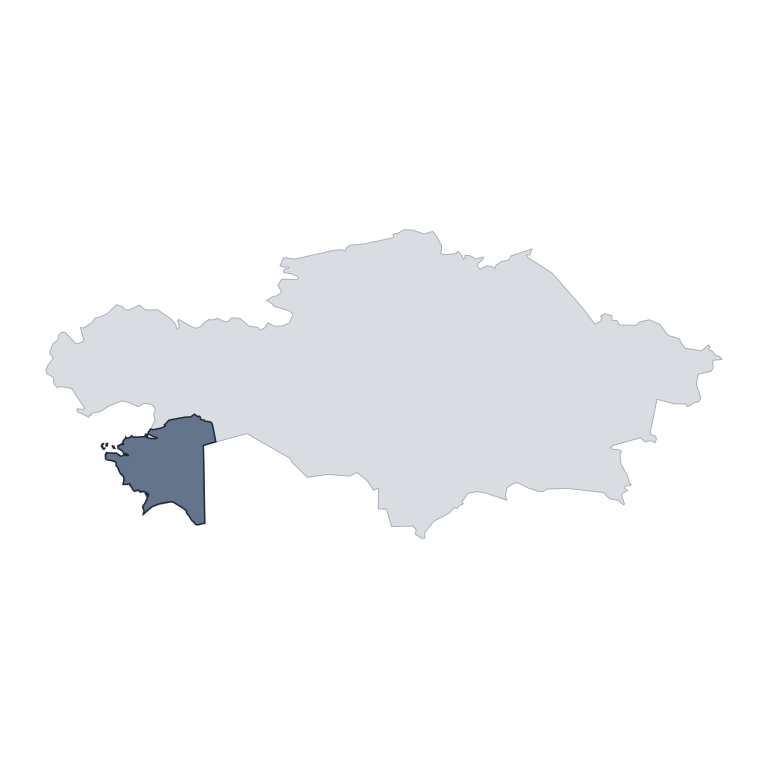 location of Mangghystau within Kazakhstan
{"feature_id": "KAZ-3236", "entity_name": "Mangghystau", "entity_type": "Region", "adm_level": 1, "iso_a3": "KAZ", "parent_name": "Kazakhstan", "parent_adm1": "", "projection": "robinson", "projection_center": [52.321, 43.87], "detail": "fine", "context": "in_parent", "style": "filled", "palette": "slate", "viewbox_px": 768, "rotation_deg": 0, "n_neighbors": 0, "source": "natural_earth", "source_scale": "10m", "svg_char_len": 9550}
<svg xmlns="http://www.w3.org/2000/svg" viewBox="0 0 768 768"><path d="M463.3,503.8L459.5,505.5L457.4,508.3L454.5,507.4L449.4,512.9L433.7,521.3L424.6,533.0L424.8,538.3L422.1,538.4L415.4,534.4L416.2,529.7L412.8,526.1L391.5,526.5L386.7,509.2L378.3,508.9L378.5,488.0L373.5,490.4L367.7,481.2L357.1,472.6L349.3,476.1L328.0,474.4L307.3,477.3L292.4,462.9L289.6,458.1L247.0,433.6L203.4,445.3L204.7,523.5L195.3,524.0L185.0,509.8L172.3,501.9L153.9,505.9L144.2,513.7L143.6,506.9L146.3,499.9L145.9,492.9L133.9,490.6L129.0,484.4L123.5,484.1L123.7,477.5L119.6,471.8L115.7,462.4L107.1,459.6L105.8,456.7L106.6,454.1L108.5,453.2L116.2,453.1L121.6,455.8L127.9,455.2L123.9,453.3L118.8,446.9L125.8,437.7L143.0,436.7L156.1,438.3L148.9,433.2L154.9,420.2L153.7,414.3L155.5,410.2L153.8,406.3L151.2,404.2L143.9,403.4L138.1,406.8L129.3,402.6L122.0,400.9L109.2,405.8L100.1,411.7L91.0,413.3L91.2,415.6L89.9,415.1L88.6,416.1L89.0,417.2L78.6,412.4L76.9,410.6L77.1,408.8L83.3,409.4L84.6,408.0L71.6,388.4L60.2,386.4L57.0,387.7L53.8,383.4L53.5,377.4L46.8,373.6L46.1,370.2L47.8,365.3L53.4,358.1L49.8,353.6L50.2,350.7L53.2,343.4L57.5,340.3L59.0,334.6L62.0,332.0L65.3,332.5L75.4,343.2L77.0,343.9L82.4,341.8L83.8,340.0L80.5,327.7L83.5,327.9L92.0,322.7L95.0,318.0L100.3,317.0L108.3,313.1L116.3,304.7L122.3,306.4L125.2,309.9L129.6,309.7L139.5,305.1L145.2,309.8L157.8,309.8L170.9,318.9L175.6,324.2L176.5,328.3L177.9,329.2L179.4,326.7L177.6,320.8L179.1,319.5L191.1,326.6L196.4,328.3L202.3,325.6L203.8,322.9L209.4,319.3L211.5,320.1L217.9,318.4L225.1,322.0L228.5,321.2L231.4,317.8L240.0,318.4L248.8,326.0L258.2,327.5L259.5,330.1L264.2,328.3L268.0,322.8L274.1,326.3L282.6,326.0L289.8,322.6L292.5,315.0L291.9,313.0L288.7,310.6L273.8,306.3L272.4,303.8L266.5,300.5L272.7,296.5L276.6,296.0L281.7,292.2L277.8,285.2L281.9,279.1L296.8,279.7L298.5,278.4L297.3,276.3L291.4,273.8L284.0,272.6L283.3,271.6L284.3,269.4L289.1,267.8L288.0,266.6L284.4,267.2L280.1,265.7L283.6,257.6L294.9,259.1L334.7,250.1L342.2,249.8L344.8,251.0L346.9,247.3L350.6,245.1L362.3,244.2L392.5,237.9L393.7,236.3L392.9,234.2L397.8,233.3L404.6,229.6L412.8,230.2L424.2,234.1L432.6,231.3L435.8,234.8L441.5,245.6L441.5,250.5L440.1,252.6L440.9,253.6L444.9,254.7L455.5,253.7L458.1,251.3L461.8,255.4L463.2,259.2L465.3,258.0L464.7,256.1L465.5,255.2L470.2,255.8L475.7,258.8L483.2,257.1L482.9,259.4L477.6,264.0L477.5,266.2L479.9,269.3L486.7,265.8L492.4,266.7L494.9,268.5L496.1,265.2L501.7,261.6L507.7,260.1L510.0,258.6L510.6,256.1L531.9,248.9L529.9,255.0L526.2,254.8L527.6,257.5L552.0,273.0L583.9,309.5L594.8,324.3L601.4,320.8L600.9,315.9L605.2,313.7L612.0,315.8L611.9,320.3L617.1,320.6L619.2,325.0L636.1,325.3L639.8,321.9L649.2,319.8L659.7,324.3L668.0,335.3L679.7,339.0L680.6,342.5L685.4,348.3L701.5,350.8L708.6,344.9L709.8,346.7L708.6,349.5L712.0,351.0L715.8,355.2L720.0,356.7L721.9,359.5L713.5,360.2L712.6,362.5L713.3,367.6L711.1,371.2L698.3,374.2L696.3,384.0L700.8,397.9L698.6,401.9L694.5,402.5L687.7,406.8L685.2,403.8L674.3,403.9L657.0,399.3L650.1,432.7L650.5,434.3L655.7,436.3L656.3,439.1L655.1,442.6L650.5,440.6L645.2,441.9L640.3,437.9L613.6,445.1L610.7,447.7L613.1,449.5L617.4,449.3L621.6,451.3L619.8,454.8L621.1,464.4L627.6,475.8L628.6,481.2L631.0,484.3L630.6,485.6L628.2,485.0L624.5,486.9L624.6,488.3L627.6,490.5L622.1,493.4L621.7,495.7L624.5,504.0L623.7,505.0L618.1,500.3L609.4,498.8L603.5,492.5L566.1,488.3L546.4,489.1L543.2,491.7L538.5,491.2L528.7,488.2L517.7,482.7L513.3,483.6L506.9,487.7L505.4,496.4L507.1,500.3L485.3,492.9L476.3,491.6L467.8,493.4L462.2,501.8L463.3,503.8ZM104.7,448.3L103.2,448.8L101.5,446.6L102.0,444.3L103.5,443.5L102.3,446.3L104.7,448.3ZM147.3,436.6L145.9,436.2L145.1,435.3L146.9,434.4L147.3,436.6Z" fill="#d9dde1" stroke="#a8b0b8" stroke-width="1"/><path d="M196.6,524.8L196.1,524.6L195.6,524.4L195.2,524.1L194.9,523.8L194.4,522.7L194.2,522.3L193.9,522.0L192.8,521.4L192.2,520.9L191.7,520.3L189.4,516.6L186.8,513.4L186.6,513.0L186.5,512.6L186.5,512.1L186.6,511.8L186.6,511.4L186.4,511.0L186.0,510.5L183.0,508.0L173.6,502.3L172.3,501.9L171.0,501.7L160.0,503.6L156.2,504.9L155.3,505.5L152.5,506.4L148.9,509.2L143.2,514.4L143.2,514.0L143.3,513.5L144.0,511.9L144.1,511.1L144.0,510.3L143.8,509.8L143.6,509.5L143.3,509.2L143.1,509.0L143.1,508.8L143.2,508.0L143.2,507.8L143.1,507.6L142.6,507.1L142.8,506.8L142.9,506.4L143.0,506.0L143.1,505.6L143.2,505.2L144.0,504.8L144.8,503.3L145.9,501.9L146.0,501.7L146.0,500.8L146.1,500.6L146.6,500.1L146.7,499.9L146.8,499.8L146.8,499.2L147.1,498.4L147.3,497.6L147.3,496.8L147.1,496.0L146.6,495.1L146.3,494.6L145.6,494.2L145.4,493.7L145.4,493.3L145.5,493.1L145.7,493.3L145.8,493.8L146.0,494.2L147.1,494.8L147.2,495.0L147.2,495.3L147.3,495.3L147.6,496.1L147.7,496.4L147.9,496.6L148.1,496.4L148.3,496.0L148.4,495.5L148.5,495.1L148.3,494.1L147.9,493.5L147.3,493.2L146.5,493.1L146.4,492.6L145.5,492.1L143.7,491.5L141.8,491.4L141.6,491.4L141.2,491.6L140.8,492.2L140.3,492.1L139.2,490.6L138.5,490.2L138.1,490.1L136.6,490.4L135.5,490.8L134.9,491.2L134.5,491.3L134.1,491.1L133.1,490.0L132.2,488.7L132.1,488.3L131.9,487.5L131.7,487.1L130.9,486.3L130.7,485.8L130.2,485.7L130.0,485.4L130.1,485.0L130.2,484.8L130.1,484.4L129.9,484.0L129.6,483.7L129.0,484.0L128.1,484.0L127.7,484.1L127.4,484.4L127.2,484.5L126.4,484.2L124.8,484.5L123.2,484.5L123.0,484.3L123.0,483.8L123.6,482.1L123.8,481.2L124.0,478.4L123.9,477.9L123.3,476.8L123.2,475.9L122.9,475.6L122.2,475.2L122.1,474.8L122.0,474.5L121.9,474.5L121.5,474.6L121.2,474.5L120.9,474.3L120.5,473.7L118.9,470.7L118.8,470.4L118.7,469.8L118.4,469.3L118.4,468.7L118.2,468.2L117.7,467.8L117.6,467.6L117.5,467.2L117.2,466.9L117.0,466.5L116.9,466.3L116.7,466.2L116.3,466.1L116.2,466.0L116.0,465.7L116.2,465.0L116.1,463.3L115.9,462.5L115.5,461.9L114.8,461.5L113.4,460.9L107.4,459.9L106.6,459.6L106.2,459.3L105.9,459.0L105.6,458.7L105.4,458.2L105.6,457.2L105.6,456.8L105.4,456.4L105.6,456.2L105.4,455.8L105.3,455.1L105.4,454.4L105.6,454.0L105.9,454.6L106.1,454.4L106.3,453.8L106.4,453.5L106.5,453.3L106.6,452.8L106.7,452.6L106.9,452.4L107.0,452.5L107.4,452.7L110.0,453.2L110.9,453.2L111.7,452.9L112.1,452.9L112.3,453.2L112.5,453.3L114.0,453.3L114.3,453.5L114.5,453.6L114.8,453.1L115.1,453.0L116.0,453.0L116.5,453.1L116.8,453.3L117.4,453.8L117.9,454.4L118.1,454.5L118.5,454.4L118.7,454.5L118.8,454.6L118.8,454.8L118.6,454.9L118.7,455.3L119.2,455.5L120.6,456.1L121.0,456.2L121.5,456.2L122.1,456.1L122.5,455.9L123.4,455.0L123.5,454.8L124.1,454.8L124.9,454.6L125.1,454.6L125.0,455.3L125.5,455.4L126.6,455.2L127.8,455.7L128.2,455.6L128.4,455.4L128.3,455.1L128.1,454.8L127.8,454.6L126.8,454.1L126.1,453.5L125.7,453.5L124.9,453.7L124.1,453.8L123.6,453.4L123.0,451.9L122.6,451.2L122.1,450.7L120.7,450.0L120.3,449.6L119.7,449.5L119.5,449.4L119.4,449.3L119.2,449.1L118.1,448.5L118.0,448.1L118.0,447.7L118.1,447.2L118.5,447.0L118.6,446.8L118.6,446.6L118.5,446.4L118.3,446.3L117.9,446.3L117.8,446.0L118.0,445.7L118.4,445.5L118.8,445.3L119.1,445.3L119.6,445.3L119.8,445.3L120.0,445.1L120.3,444.7L120.5,444.6L121.2,444.1L121.6,443.9L122.0,443.9L122.3,444.0L122.9,444.7L123.3,444.7L123.5,444.4L123.4,444.0L122.9,443.3L122.8,443.1L123.1,442.4L122.8,441.8L123.2,441.2L123.7,440.5L123.8,440.2L124.0,439.8L125.5,438.3L125.6,437.9L125.7,437.4L125.8,437.0L126.0,437.2L126.5,437.9L127.1,438.2L128.0,438.2L128.8,438.0L129.4,437.7L129.9,437.1L130.1,437.1L130.4,437.1L130.6,437.0L130.9,436.6L131.3,435.9L131.6,435.6L131.8,435.8L132.0,436.1L132.1,436.4L132.2,436.7L133.6,436.9L133.9,437.0L134.4,437.4L134.7,437.5L135.0,437.4L135.5,437.0L135.9,436.9L136.2,437.0L136.9,437.2L137.3,437.2L142.6,436.6L143.3,436.8L144.5,436.7L145.3,436.8L148.2,437.9L149.9,438.2L150.8,438.6L151.2,438.7L152.7,438.5L153.2,438.6L154.1,438.9L154.5,438.9L154.9,438.8L155.6,438.5L156.1,438.3L156.4,438.1L156.9,438.2L157.1,438.0L157.2,437.9L157.2,437.7L156.9,437.5L155.1,437.2L154.8,436.8L154.6,436.7L154.1,436.7L153.3,436.4L151.2,435.5L150.7,435.4L150.1,434.9L149.4,434.7L148.5,434.4L148.3,434.2L148.3,433.9L148.1,433.6L148.2,433.4L148.3,433.2L148.2,432.7L148.3,432.2L148.4,431.8L148.6,431.6L148.9,431.5L149.2,431.3L149.4,430.9L149.6,430.2L150.3,429.1L153.3,429.7L161.8,427.9L165.5,425.9L164.4,424.8L166.0,423.4L168.7,420.3L170.0,419.9L171.0,420.0L171.6,419.6L184.8,417.2L190.6,417.0L194.4,414.2L197.8,416.7L199.0,416.1L200.4,417.3L200.5,419.3L202.4,420.1L204.0,419.9L204.6,420.8L205.6,421.4L207.4,421.3L208.7,421.7L209.5,421.7L211.4,422.5L212.6,425.2L215.8,441.8L203.4,445.4L204.8,523.5L203.6,523.4L203.0,523.4L201.4,524.1L199.8,524.3L198.8,524.7L196.6,524.8ZM147.5,435.6L147.6,436.3L147.6,436.7L147.2,436.9L146.4,436.6L145.7,436.1L145.2,435.7L145.1,435.2L145.3,434.9L145.8,434.6L145.9,434.4L145.8,434.2L146.5,434.2L146.8,434.3L147.1,434.7L147.5,435.6ZM104.5,448.8L104.0,449.1L103.5,449.1L103.0,448.8L102.7,448.6L102.6,448.4L102.6,448.1L102.5,447.8L102.3,447.5L101.7,446.9L101.4,446.4L101.4,445.9L102.4,444.0L102.5,443.9L102.8,443.7L103.6,443.6L103.6,443.9L102.6,444.4L102.3,444.9L102.2,445.2L102.0,445.8L101.9,446.1L102.0,446.4L102.1,446.7L102.3,446.8L102.6,446.7L102.6,447.3L102.7,447.8L102.9,448.2L103.4,448.4L103.8,448.6L104.0,448.6L104.6,448.2L104.8,448.2L104.5,448.8ZM106.1,445.0L106.4,443.7L106.6,443.6L107.3,443.6L107.5,443.4L107.6,443.5L107.5,444.1L107.4,444.3L107.2,444.5L107.3,445.4L107.2,445.8L106.8,446.1L106.4,446.2L106.1,446.0L106.0,445.5L106.1,445.0ZM114.2,447.5L114.6,448.1L114.2,448.0L113.8,448.2L113.5,448.3L113.4,448.1L113.6,447.9L113.4,447.7L113.4,447.4L113.3,447.1L112.5,446.7L112.3,446.3L112.3,445.9L112.5,445.9L112.6,446.2L112.9,446.5L113.2,446.6L113.4,446.5L113.7,446.2L113.8,446.2L113.9,446.5L114.0,446.5L114.2,447.5Z" fill="#64748b" stroke="#1e293b" stroke-width="1.5"/></svg>